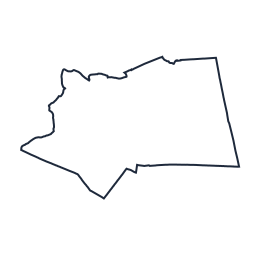 the district of Nong Chok, Bangkok Metropolis, Thailand, rotated 86°
{"feature_id": "78962969B63126335713570", "entity_name": "Nong Chok", "entity_type": "district", "adm_level": 2, "iso_a3": "THA", "parent_name": "Thailand", "parent_adm1": "Bangkok Metropolis", "projection": "robinson", "projection_center": [100.852, 13.842], "detail": "fine", "context": "isolated", "style": "outline", "palette": "slate", "viewbox_px": 256, "rotation_deg": 86, "n_neighbors": 0, "source": "geoboundaries", "source_scale": "gbopen_adm2", "svg_char_len": 5636}
<svg xmlns="http://www.w3.org/2000/svg" viewBox="0 0 256 256"><g transform="rotate(86 128 128)"><path d="M174.3,19.9L165.9,21.1L158.2,22.4L147.8,23.7L137.8,25.4L130.4,26.7L128.3,27.5L121.9,28.1L120.1,28.2L106.8,30.2L105.7,30.3L103.9,30.6L102.9,30.7L99.5,31.1L95.9,31.6L95.2,31.7L90.9,32.2L88.9,32.5L86.3,32.8L84.8,33.1L84.0,33.2L83.6,33.2L79.8,33.6L65.5,35.2L64.1,35.4L64.1,39.0L64.1,39.9L64.1,42.2L64.1,42.8L64.1,46.9L64.0,48.5L64.0,53.8L64.0,57.2L63.9,60.6L63.9,64.2L63.9,65.4L63.9,66.6L63.8,70.7L63.9,70.9L64.2,71.0L64.3,71.0L64.4,72.7L64.4,74.5L63.9,74.5L63.9,74.8L64.0,75.3L64.2,75.6L64.9,76.4L65.5,76.8L66.0,77.1L66.9,77.7L67.2,77.9L67.0,78.5L66.4,79.3L66.3,79.5L66.1,81.1L66.1,81.4L65.9,81.7L65.6,82.2L65.4,82.4L65.2,82.5L64.8,82.6L64.5,82.7L64.3,82.9L64.1,84.3L64.0,84.6L63.9,84.7L63.5,85.2L62.6,86.8L61.8,87.6L61.1,87.8L60.8,88.1L60.5,88.4L60.4,88.6L60.2,88.6L59.9,88.7L59.4,88.8L59.7,89.7L60.1,91.4L65.1,107.0L67.1,112.2L69.5,118.5L69.8,118.9L70.0,119.6L70.4,120.4L69.9,120.6L70.4,121.5L70.6,122.6L70.7,123.1L71.1,123.9L71.6,125.1L72.5,127.7L73.5,126.7L74.1,126.3L76.0,125.8L76.3,125.8L76.8,126.0L77.2,128.5L77.9,130.9L78.1,132.2L78.1,133.3L78.1,133.6L78.0,134.0L77.7,134.9L77.5,135.7L77.1,136.7L77.0,137.8L76.3,140.4L76.2,140.8L76.1,141.3L76.2,142.1L76.0,143.5L76.0,143.8L76.2,144.7L75.7,144.8L74.6,144.8L74.4,144.9L74.3,145.2L74.1,145.9L74.0,146.3L73.4,147.3L73.0,148.5L72.8,149.2L72.3,150.2L72.1,150.5L71.7,153.6L71.7,154.0L72.2,154.7L72.2,155.0L72.1,155.9L72.2,157.1L72.2,157.5L72.2,158.6L72.2,159.8L72.3,161.4L72.4,161.7L72.4,161.9L73.2,162.9L73.7,163.3L74.0,163.5L74.3,163.5L75.7,163.4L76.9,163.1L77.5,163.2L77.9,163.5L77.6,163.9L77.1,164.6L76.3,165.5L75.1,167.2L74.0,168.3L72.7,169.7L72.4,169.9L71.0,171.0L70.7,171.2L70.2,171.6L69.7,172.2L69.2,172.7L68.9,173.1L68.4,173.8L68.0,174.7L67.3,176.1L66.6,177.4L66.5,177.7L66.4,178.0L66.8,179.0L67.3,179.7L67.4,180.1L67.5,180.7L67.6,181.0L67.4,182.3L67.4,182.8L67.3,183.4L67.2,183.9L66.8,184.6L66.5,185.1L65.8,186.2L65.5,186.5L65.0,187.5L65.0,187.8L65.1,188.1L65.2,188.3L65.3,188.4L65.6,188.7L66.9,189.3L67.4,189.5L69.7,190.2L70.3,190.5L70.7,190.5L71.5,190.7L72.2,190.8L74.6,190.6L76.0,190.7L77.2,190.7L77.9,190.7L78.8,190.8L79.9,190.6L81.1,190.3L82.6,189.7L82.9,189.6L83.0,189.5L83.5,188.6L83.8,188.2L84.2,188.0L84.5,188.6L84.8,189.0L85.1,189.3L85.9,189.7L86.9,190.0L87.6,190.1L88.7,190.5L90.5,191.8L91.5,192.7L91.6,192.9L91.6,193.4L91.5,194.4L91.4,194.7L91.7,195.0L92.2,195.4L92.5,195.5L92.9,195.8L93.8,196.8L94.1,197.0L94.3,197.2L94.9,197.7L95.6,198.5L96.0,199.1L96.7,199.9L97.1,200.3L97.4,200.6L97.8,202.1L98.2,203.0L98.6,203.5L99.3,204.1L99.5,204.6L99.7,204.8L99.8,205.1L100.0,205.3L100.5,205.4L101.2,205.1L102.4,204.9L102.8,205.0L103.4,205.1L104.6,205.3L104.9,205.3L105.2,205.1L105.9,204.1L106.9,202.9L108.3,202.1L109.0,201.9L109.5,201.8L110.5,201.8L111.1,201.8L112.6,202.1L113.4,202.0L114.7,201.8L114.9,201.9L115.8,201.8L118.0,201.8L118.6,201.7L121.4,201.7L122.1,201.8L122.5,201.9L123.0,202.2L123.6,202.4L124.8,202.4L126.0,202.3L126.1,202.5L126.7,203.0L127.1,203.5L127.4,203.9L127.7,204.4L128.7,205.4L128.8,205.8L129.5,207.9L129.8,208.7L129.7,209.4L129.8,209.7L130.1,210.7L130.5,211.4L130.5,211.8L130.5,212.0L130.5,212.4L130.6,212.7L130.6,212.9L130.9,213.7L131.1,214.3L131.3,214.9L131.3,215.5L131.3,216.2L131.2,216.9L131.0,217.6L131.0,218.1L131.1,219.1L131.2,219.6L131.2,219.8L131.2,220.1L131.3,220.6L131.7,221.7L132.8,223.9L133.6,225.1L133.7,225.4L135.4,227.9L136.1,228.6L137.0,231.3L137.3,231.5L137.5,231.9L137.7,232.3L138.0,233.4L138.3,234.0L138.7,234.7L139.0,235.1L139.3,235.3L139.6,235.4L140.2,235.7L141.2,235.9L141.8,235.9L142.4,236.1L143.1,234.9L143.6,234.1L144.3,232.8L144.9,231.7L145.2,231.2L146.9,228.2L147.1,227.8L147.5,227.2L149.1,224.1L150.3,221.8L150.9,220.8L151.2,220.1L151.9,219.0L152.1,218.7L152.9,217.2L153.0,217.0L153.2,216.6L155.1,212.9L155.8,211.6L156.1,210.9L156.9,209.2L157.4,208.2L157.9,207.0L158.6,205.8L159.7,203.5L159.8,203.3L160.1,202.9L160.3,202.3L160.5,201.7L161.1,200.8L161.6,199.6L162.3,198.1L162.7,197.5L163.1,196.5L163.9,195.0L164.1,194.5L166.5,189.7L167.2,188.2L168.6,185.2L169.4,183.7L169.8,183.1L170.5,181.6L171.1,181.1L171.3,180.9L172.8,180.0L175.4,178.2L176.2,177.8L176.9,177.4L180.5,175.0L182.0,173.8L183.2,173.1L184.0,172.4L187.3,170.4L187.9,169.9L188.1,169.5L188.4,168.8L188.8,168.3L189.6,167.1L190.2,166.2L195.1,158.9L196.6,157.0L194.7,155.3L193.9,154.6L193.1,153.8L192.7,153.5L191.2,152.2L189.3,150.5L188.4,149.8L187.5,148.9L186.9,148.4L186.7,148.2L186.1,147.7L185.7,147.4L185.0,146.8L184.7,146.4L184.1,145.9L183.6,145.6L182.4,144.4L180.0,142.3L179.7,142.2L179.0,141.4L175.8,138.6L175.6,138.4L174.8,137.8L174.3,137.2L171.5,134.9L171.1,134.6L170.0,133.6L169.8,133.5L169.6,133.3L169.0,132.8L168.5,132.2L168.8,131.7L169.0,131.3L169.1,130.9L169.3,130.5L169.6,129.4L170.2,128.0L170.7,127.3L171.0,126.8L172.0,125.4L172.4,124.7L173.0,123.5L173.1,123.2L170.6,122.6L165.4,121.5L165.9,119.9L166.8,115.2L167.0,114.5L166.7,110.0L166.7,109.7L167.2,109.1L167.3,109.0L167.3,108.7L167.3,106.0L167.3,105.0L167.3,103.1L167.3,102.8L167.2,102.1L167.2,101.2L167.2,100.9L167.2,99.6L167.3,92.6L167.4,91.8L167.4,89.2L167.5,87.6L167.8,83.3L167.9,82.2L168.0,81.4L168.7,73.1L168.8,71.2L169.1,68.6L169.3,65.9L169.6,62.6L169.8,61.3L170.2,57.8L170.4,56.4L170.8,52.3L171.1,50.2L171.1,49.8L171.2,48.7L171.3,47.9L171.4,47.0L171.5,45.9L171.8,43.4L171.9,42.5L171.9,42.2L172.0,42.0L172.0,41.2L172.1,40.6L172.1,40.3L172.2,39.7L172.2,39.3L172.3,39.0L172.3,38.3L172.3,38.1L172.5,37.1L172.6,35.8L172.6,35.2L172.8,34.5L173.0,32.5L173.2,31.2L173.3,29.4L173.7,26.2L173.7,25.7L173.8,25.6L174.3,21.0L174.3,19.9Z" fill="none" stroke="#1e293b" stroke-width="2"/></g></svg>